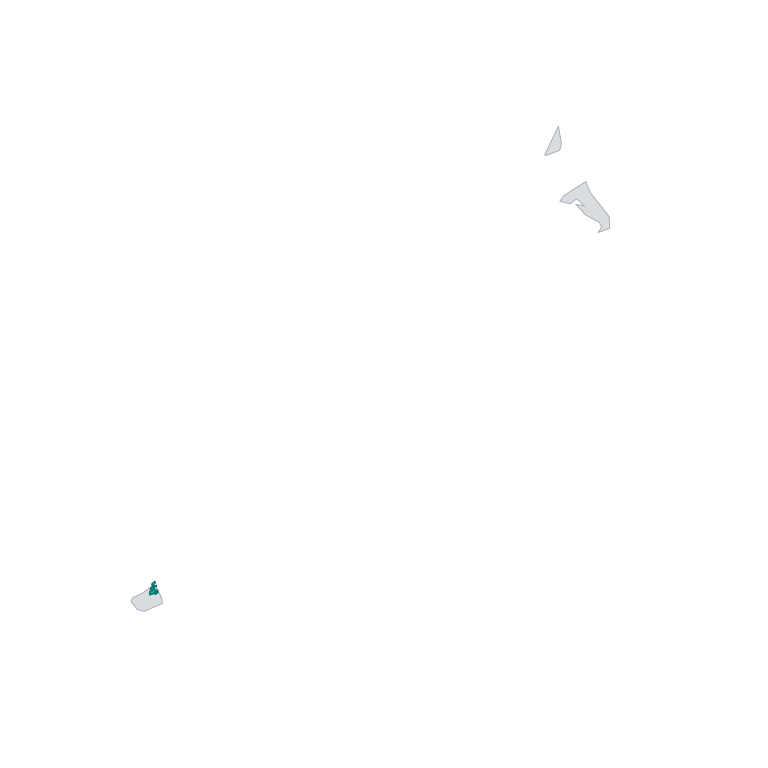 location of Pangaimotu, Vava'u, Tonga, rotated 204°
{"feature_id": "48082658B58897341989636", "entity_name": "Pangaimotu", "entity_type": "district", "adm_level": 2, "iso_a3": "TON", "parent_name": "Tonga", "parent_adm1": "Vava'u", "projection": "albers", "projection_center": [-174.001, -18.686], "detail": "fine", "context": "in_parent", "style": "filled", "palette": "teal", "viewbox_px": 768, "rotation_deg": 204, "n_neighbors": 0, "source": "geoboundaries", "source_scale": "gbopen_adm2", "svg_char_len": 3814}
<svg xmlns="http://www.w3.org/2000/svg" viewBox="0 0 768 768"><g transform="rotate(204 384 384)"><path d="M281.0,631.0L283.8,631.0L286.9,624.6L297.5,622.3L296.4,629.0L282.1,650.9L273.0,642.5L246.6,628.7L241.1,618.0L249.9,609.7L249.0,616.3L253.4,619.3L268.3,620.3L281.7,626.1L273.4,628.1L281.0,631.0ZM520.5,93.4L512.9,106.0L509.3,105.8L500.5,98.5L497.2,93.6L510.6,78.8L517.6,77.7L526.9,82.6L526.4,86.9L520.5,93.4ZM330.4,658.5L329.5,690.3L319.7,675.8L318.6,669.0L328.3,659.1L330.4,658.5Z" fill="#d9dde1" stroke="#a8b0b8" stroke-width="1"/><path d="M507.5,102.4L507.5,102.2L507.2,101.8L507.0,101.6L506.9,101.3L506.8,101.2L506.7,101.1L506.5,100.8L506.6,100.6L506.7,100.4L506.8,100.3L507.0,100.2L506.9,100.0L507.0,99.9L507.2,99.7L507.3,99.7L507.4,99.3L507.6,99.2L507.7,99.3L507.7,99.2L507.8,99.2L508.0,99.3L508.3,99.4L508.5,99.4L508.8,99.5L509.1,99.7L509.0,99.8L509.0,100.0L508.9,100.1L508.9,100.3L508.9,100.5L508.9,100.9L508.8,101.0L508.7,101.2L508.4,101.3L508.2,101.3L507.8,101.3L507.7,101.2L507.5,100.8L507.5,100.7L507.6,100.4L507.7,100.0L507.8,100.0L507.8,99.9L507.7,99.9L507.6,100.0L507.4,100.4L507.4,100.8L507.4,101.0L507.5,101.2L507.7,101.3L507.9,101.4L508.0,101.4L508.2,101.5L508.4,101.5L508.5,101.6L508.7,101.8L508.7,102.0L508.8,102.2L508.9,102.3L509.0,102.4L509.0,102.6L509.3,102.7L509.5,102.7L509.7,103.0L509.8,103.1L510.0,103.2L510.0,103.3L510.2,103.5L510.3,103.6L510.6,104.0L510.8,104.2L510.9,104.3L511.0,104.4L511.1,104.5L511.4,104.8L511.6,105.0L511.7,105.4L511.7,105.6L511.7,105.8L511.5,106.0L511.3,105.9L511.1,105.9L510.8,106.0L510.7,106.1L510.6,106.3L510.1,106.5L509.7,106.4L509.7,106.5L509.8,106.7L509.9,106.9L509.8,107.0L510.0,107.2L510.3,107.0L510.5,106.9L510.8,106.8L511.0,106.7L511.2,106.8L511.3,106.8L511.5,106.8L511.8,106.9L512.5,106.8L513.0,106.8L513.5,106.8L513.8,107.1L514.0,107.5L514.1,107.8L514.1,108.0L514.1,108.3L513.9,108.4L513.7,108.7L513.7,108.8L513.8,108.7L514.1,108.4L514.1,108.2L514.2,107.9L514.4,107.6L514.5,107.5L514.6,107.2L514.6,106.9L514.6,106.7L514.4,106.7L514.2,106.5L514.1,106.4L513.9,106.2L513.7,106.0L513.7,105.8L513.7,105.7L513.5,105.1L513.5,104.6L513.3,104.6L513.2,104.7L513.2,104.8L513.0,105.0L513.3,105.3L513.4,105.5L513.2,105.4L513.2,105.2L512.8,105.0L512.7,105.1L512.4,104.8L512.1,104.8L512.1,104.7L512.0,104.4L512.0,104.1L512.0,103.9L512.3,103.7L512.6,103.5L512.8,103.4L512.9,103.5L513.0,103.5L513.3,103.4L513.3,103.2L513.6,103.0L513.8,103.0L513.8,102.9L513.9,102.7L513.8,102.4L514.0,102.5L514.1,102.4L514.0,102.2L513.9,102.1L513.9,101.9L513.8,101.6L513.7,101.5L513.5,101.4L513.4,101.4L513.2,101.4L512.9,101.4L512.8,101.5L512.5,101.6L512.3,101.7L511.7,102.0L511.4,101.9L511.2,101.7L511.2,101.4L511.3,101.3L511.7,101.0L511.9,100.9L512.3,100.4L512.8,100.1L513.0,100.0L513.3,99.7L513.5,99.4L513.4,99.2L513.5,99.2L513.5,98.9L513.4,98.7L513.2,98.4L513.0,98.2L512.9,98.1L512.9,97.7L512.8,97.4L512.7,97.2L512.6,96.9L512.5,96.6L512.4,96.3L512.1,96.3L512.1,96.5L511.7,96.9L511.5,97.1L511.3,97.2L511.1,97.2L510.9,97.4L510.8,97.5L510.7,97.5L510.4,97.6L510.2,97.7L510.2,97.8L510.2,98.0L509.7,98.4L509.7,98.5L509.7,98.8L509.7,99.0L509.5,99.3L509.4,99.4L509.2,99.6L508.8,99.4L508.2,99.1L507.8,98.9L507.7,98.9L507.4,98.9L507.3,99.1L507.1,99.3L507.0,99.5L506.9,99.5L506.8,99.8L506.7,99.9L506.4,100.3L506.3,100.5L506.2,100.6L506.0,100.9L505.9,101.0L505.9,101.4L505.9,101.5L506.0,101.7L506.2,101.9L506.3,102.2L506.4,102.6L506.5,103.0L506.8,103.2L506.9,103.3L507.0,103.5L507.6,103.4L507.8,103.3L507.8,103.2L507.7,102.6L507.8,102.5L507.7,102.5L507.5,102.4ZM513.5,108.9L513.2,109.0L512.9,109.1L512.8,108.9L512.5,108.9L512.4,108.8L512.2,108.8L512.1,109.0L512.0,109.3L512.3,109.5L512.6,109.8L512.9,109.8L513.2,109.9L513.3,110.1L513.4,109.9L513.5,109.8L513.5,109.7L513.5,109.4L513.4,109.3L513.4,109.2L513.5,108.9L513.5,108.9Z" fill="#14b8a6" stroke="#0f766e" stroke-width="1.5"/></g></svg>